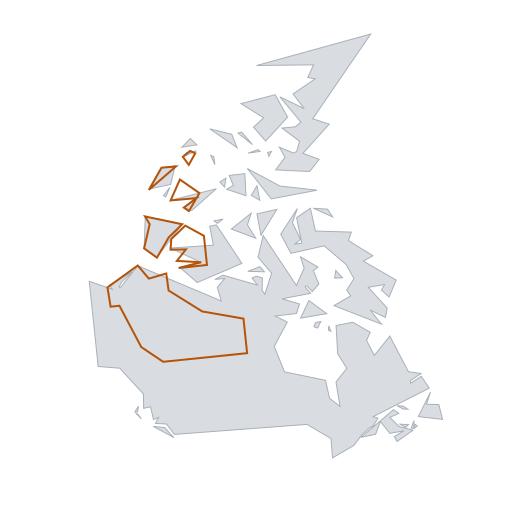 Northwest Territories highlighted on a map of Canada, rotated 354°
{"feature_id": "CAN-635", "entity_name": "Northwest Territories", "entity_type": "Territory", "adm_level": 1, "iso_a3": "CAN", "parent_name": "Canada", "parent_adm1": "", "projection": "mercator", "projection_center": [-123.126, 69.383], "detail": "coarse", "context": "in_parent", "style": "outline", "palette": "amber", "viewbox_px": 512, "rotation_deg": 354, "n_neighbors": 0, "source": "natural_earth", "source_scale": "10m", "svg_char_len": 4411}
<svg xmlns="http://www.w3.org/2000/svg" viewBox="0 0 512 512"><g transform="rotate(354 256 256)"><path d="M129.6,381.4L108.7,353.3L87.5,349.4L87.5,263.7L109.6,274.1L107.1,269.6L131.5,258.6L119.4,268.0L116.6,272.4L117.5,273.5L137.4,253.3L216.8,297.1L214.2,283.1L222.6,275.1L212.7,275.0L221.0,271.6L254.4,285.1L249.8,277.5L254.6,276.1L260.1,278.6L258.4,290.7L260.8,295.0L269.7,274.8L257.9,257.4L265.3,236.4L293.1,289.5L302.6,273.2L300.2,261.5L316.5,273.5L311.5,276.6L315.6,290.5L308.2,297.3L303.9,291.5L302.7,290.9L301.7,292.1L306.4,298.8L277.5,301.3L294.3,308.3L290.2,317.4L268.8,317.7L280.2,325.0L264.7,347.8L272.2,374.2L312.1,386.9L314.3,405.3L323.8,414.3L322.4,389.6L334.6,377.2L327.0,361.8L328.4,333.5L345.4,332.0L361.6,343.8L357.1,351.5L363.3,367.3L380.7,349.6L395.5,387.0L407.8,390.1L396.4,396.2L396.6,398.7L407.8,392.9L414.5,405.5L355.7,428.0L360.4,430.0L354.7,437.4L351.1,438.7L343.1,444.4L333.5,454.6L311.0,464.8L311.5,445.4L289.2,428.8L156.2,424.9L149.4,413.7L138.5,412.0L142.3,406.4L137.0,408.0L135.3,394.9L128.4,395.8L129.6,381.4ZM296.0,248.2L302.8,248.0L300.4,222.1L315.1,214.2L317.7,237.4L353.3,242.2L349.5,250.3L372.3,268.0L362.2,272.3L392.9,294.6L384.1,310.7L377.2,303.0L380.9,297.8L364.4,298.9L381.0,321.5L378.3,330.7L363.8,321.6L373.7,336.9L328.3,313.5L346.0,305.6L342.7,299.3L351.1,288.7L344.8,273.9L324.8,253.0L291.0,257.0L282.9,236.9L302.1,213.1L295.7,226.6L302.0,244.1L296.0,248.2ZM276.5,66.6L393.3,47.2L326.7,125.5L342.6,132.5L313.4,158.8L328.9,166.5L318.2,177.6L284.6,172.4L295.2,160.8L290.6,150.2L304.1,157.6L307.4,156.3L311.3,146.4L295.2,131.5L308.7,131.6L314.6,127.5L296.4,100.2L319.4,114.5L309.8,98.7L333.3,86.0L326.2,83.9L333.2,71.9L276.5,66.6ZM171.9,239.2L214.7,240.8L213.1,221.5L219.8,220.9L241.2,261.9L194.8,276.2L178.8,259.2L200.1,256.3L171.9,239.2ZM370.6,446.4L362.5,433.6L356.3,445.8L341.5,447.3L376.7,423.2L381.6,427.4L372.2,430.5L380.5,440.5L393.9,445.7L376.9,455.2L374.6,450.0L385.0,445.3L370.6,446.4ZM150.0,205.1L185.7,216.8L157.1,247.2L145.6,236.5L150.0,205.1ZM257.0,102.9L291.9,97.6L302.0,121.2L277.6,142.7L267.0,127.6L278.0,119.4L257.0,102.9ZM256.5,168.1L287.1,188.9L323.6,196.9L277.2,200.8L256.5,168.1ZM177.2,191.6L223.6,185.0L196.7,204.1L189.6,200.5L202.4,192.3L177.2,191.6ZM415.3,409.6L410.1,421.2L422.3,422.9L424.5,438.0L400.7,432.7L415.3,409.6ZM234.3,226.6L255.7,212.9L250.7,224.1L257.6,238.3L234.3,226.6ZM293.8,322.5L304.0,305.9L320.3,320.7L293.8,322.5ZM261.4,214.2L281.6,211.8L263.1,235.9L261.4,214.2ZM185.1,157.7L178.6,175.9L156.9,178.2L171.5,158.7L185.1,157.7ZM253.5,172.9L252.3,195.0L233.9,186.6L240.9,183.5L237.8,173.1L253.5,172.9ZM223.3,124.7L244.6,132.4L248.5,146.3L223.3,124.7ZM136.0,414.7L147.0,417.0L155.4,428.0L136.0,414.7ZM318.0,214.5L332.0,216.9L336.3,225.1L318.0,214.5ZM246.3,270.4L258.8,267.0L262.8,272.6L246.3,270.4ZM264.3,186.2L265.6,201.0L257.7,195.2L264.3,186.2ZM254.7,131.3L264.1,144.8L251.0,131.9L254.7,131.3ZM333.8,278.8L339.7,286.7L331.9,286.2L333.8,278.8ZM197.5,146.1L207.8,145.2L193.7,149.7L197.5,146.1ZM227.1,215.8L221.0,219.5L218.0,216.7L227.1,215.8ZM396.0,436.2L395.1,443.2L396.8,440.1L398.6,442.0L395.3,444.1L392.3,443.4L396.0,436.2ZM203.0,132.3L208.8,139.3L193.7,140.0L203.0,132.3ZM391.0,424.3L386.2,423.5L380.7,419.6L386.9,420.7L391.0,424.3ZM313.6,327.9L309.7,334.1L306.3,332.4L308.3,328.4L313.6,327.9ZM119.2,398.5L123.3,393.1L122.0,398.7L119.2,398.5ZM258.9,152.9L269.2,150.4L271.0,152.4L258.9,152.9ZM234.2,175.5L231.9,184.1L227.8,178.6L234.2,175.5ZM381.0,438.0L383.8,438.7L390.1,439.5L387.2,442.0L381.0,438.0ZM321.2,333.0L322.5,338.7L320.3,337.3L321.2,333.0ZM177.5,178.8L172.5,187.8L170.3,186.3L177.5,178.8ZM282.3,153.6L279.2,158.3L278.4,154.3L282.3,153.6ZM224.4,152.7L224.7,160.8L221.4,151.2L224.4,152.7ZM119.9,399.6L122.1,401.2L125.0,405.8L119.9,399.6Z" fill="#d9dde1" stroke="#a8b0b8" stroke-width="1"/><path d="M105.0,271.7L137.4,253.1L147.1,267.3L164.9,264.0L165.5,281.2L196.7,305.5L237.0,317.0L237.0,351.7L152.6,351.5L132.4,334.6L115.0,291.2L106.1,291.2L105.0,271.7ZM206.3,259.8L177.8,259.9L200.8,256.5L176.8,252.6L187.0,242.1L171.7,240.8L173.5,230.3L188.8,218.4L206.3,230.5L206.3,259.8ZM185.9,216.7L171.2,228.3L157.3,247.3L145.5,236.7L153.6,213.3L149.8,205.1L185.9,216.7ZM206.3,187.5L194.0,204.3L189.3,200.3L202.8,192.2L176.9,191.8L188.3,172.0L206.3,187.5ZM185.7,158.6L156.4,179.0L171.2,158.3L185.7,158.6ZM206.3,147.5L198.7,158.3L193.6,149.7L201.4,144.6L206.3,147.5Z" fill="none" stroke="#b45309" stroke-width="2"/></g></svg>